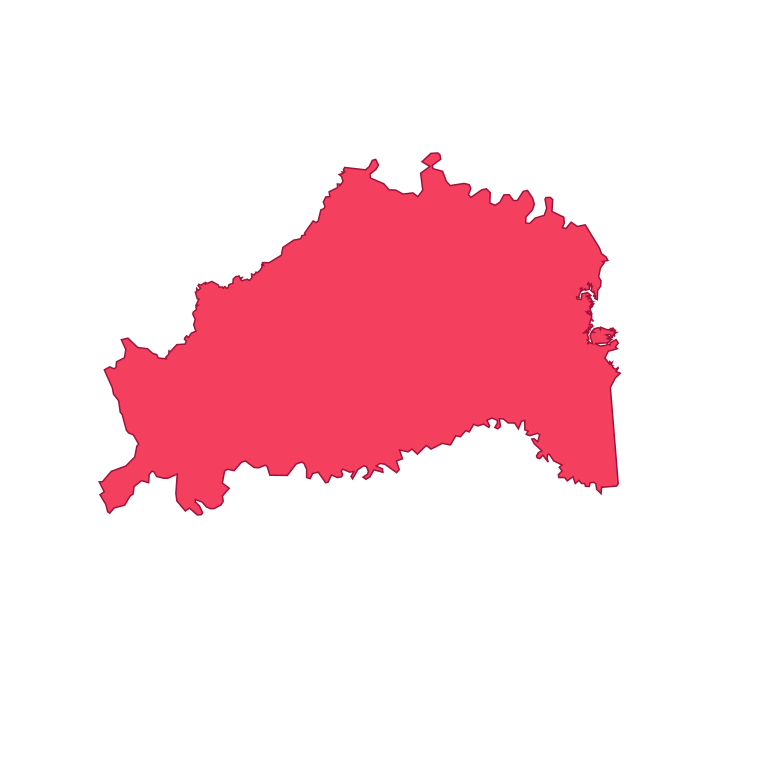 Puerto Parra, Santander, Colombia, rotated 118°
{"feature_id": "7082276B16167878822858", "entity_name": "Puerto Parra", "entity_type": "district", "adm_level": 2, "iso_a3": "COL", "parent_name": "Colombia", "parent_adm1": "Santander", "projection": "mercator", "projection_center": [-73.991, 6.701], "detail": "fine", "context": "isolated", "style": "filled", "palette": "rose", "viewbox_px": 768, "rotation_deg": 118, "n_neighbors": 0, "source": "geoboundaries", "source_scale": "gbopen_adm2", "svg_char_len": 6159}
<svg xmlns="http://www.w3.org/2000/svg" viewBox="0 0 768 768"><g transform="rotate(118 384 384)"><path d="M169.8,244.3L167.6,247.5L166.8,253.2L163.0,257.3L149.0,281.1L154.1,287.2L153.3,294.8L161.3,296.3L162.1,299.9L157.3,300.4L152.3,303.5L152.8,316.7L142.0,321.6L141.2,324.9L143.4,328.6L145.3,328.6L152.4,322.9L159.9,321.7L166.6,328.5L173.7,330.6L175.3,334.4L170.0,337.1L160.5,334.7L154.6,335.7L150.2,340.0L145.7,348.2L148.6,351.5L159.1,352.4L160.5,354.1L161.1,356.0L158.1,362.3L160.7,366.9L169.0,367.0L173.9,369.7L174.6,375.5L165.2,380.0L163.6,385.3L166.7,388.9L178.4,394.8L177.3,398.2L170.4,399.2L168.0,402.4L169.3,407.4L177.7,418.7L175.9,424.0L168.7,432.1L170.9,441.8L168.2,444.0L158.9,439.4L155.3,442.3L154.8,445.1L158.4,450.9L169.9,454.8L170.4,445.6L180.7,450.6L194.6,440.8L202.7,442.1L201.7,448.2L207.4,456.4L207.3,464.9L210.2,470.5L207.3,478.2L208.5,492.6L205.4,494.9L198.0,491.8L193.2,491.7L189.6,496.8L192.0,499.3L199.0,499.1L203.6,500.9L211.3,520.4L214.0,520.4L215.1,518.1L216.5,520.6L217.2,518.9L220.1,522.0L220.7,518.8L224.5,515.3L229.5,516.0L228.4,517.0L229.3,519.1L232.4,517.2L240.0,522.7L244.1,519.8L246.1,523.2L252.0,523.0L254.8,519.5L257.2,519.3L259.9,521.5L271.1,518.6L273.3,519.7L273.3,523.1L288.1,525.0L289.2,523.6L291.6,526.2L294.9,525.7L299.4,531.3L310.9,537.4L318.5,535.1L330.9,542.4L333.8,548.2L335.7,546.1L335.9,548.1L338.2,546.5L341.6,546.8L345.4,548.2L345.3,549.5L348.5,549.7L349.1,552.6L352.2,550.5L355.9,551.5L355.6,553.8L359.6,558.0L359.0,559.7L356.7,559.3L358.1,560.9L356.7,562.7L358.9,565.3L362.2,566.4L366.2,564.6L368.9,567.5L372.3,566.9L373.5,568.1L372.6,570.1L374.9,570.9L374.1,572.0L375.9,575.0L374.4,576.8L374.2,584.1L378.2,587.3L378.2,589.4L379.6,588.8L379.5,590.3L382.6,591.9L382.9,594.3L384.5,594.3L385.6,591.0L388.5,591.8L387.7,594.1L390.2,592.7L391.5,593.7L396.4,588.9L395.9,587.4L402.7,587.0L401.8,585.2L404.4,586.3L406.2,584.6L410.3,586.2L412.3,585.4L415.5,581.0L421.0,579.9L425.7,574.9L429.5,578.0L434.6,578.5L434.1,580.9L436.6,581.5L438.2,581.2L438.8,578.7L442.1,578.3L446.5,585.4L455.9,587.9L455.7,589.4L458.7,588.0L462.8,589.2L463.9,588.0L467.0,595.5L464.7,598.5L465.6,602.6L463.9,609.4L467.4,618.6L463.7,631.6L468.2,636.7L474.7,628.2L482.7,625.5L490.0,630.6L495.4,628.4L497.3,629.4L497.6,634.2L502.8,637.6L514.8,622.2L520.0,618.0L523.3,610.5L532.8,603.6L533.9,600.8L545.7,589.8L547.1,586.6L546.6,581.4L552.4,572.2L554.7,573.1L565.5,569.8L577.5,573.4L589.2,583.8L602.4,586.7L604.1,589.5L610.5,580.4L615.1,582.8L620.9,573.1L626.5,568.0L626.8,565.5L620.1,564.1L612.8,556.1L602.3,555.6L598.9,553.9L591.9,556.5L583.1,552.7L581.7,545.4L574.1,548.9L570.0,548.0L569.6,545.7L572.4,541.3L570.7,534.5L568.8,530.7L560.6,524.3L578.5,516.3L584.5,512.0L589.4,499.8L584.9,497.5L587.3,487.3L585.0,483.9L582.8,483.7L578.3,489.8L576.7,495.4L574.6,496.3L573.6,489.3L575.9,483.2L575.6,478.7L573.8,475.5L567.3,471.2L563.0,470.9L558.7,474.1L548.7,471.7L547.4,480.2L535.7,483.9L532.7,482.1L530.9,475.6L520.2,473.2L517.0,470.3L518.7,459.6L516.9,455.4L511.5,450.8L511.6,448.6L518.1,441.9L510.1,426.4L496.1,424.1L491.6,420.2L491.6,417.4L495.8,412.1L502.9,408.5L502.2,404.7L496.4,405.0L492.8,400.7L498.6,389.1L496.9,387.3L489.0,387.6L488.5,381.2L485.7,377.8L483.2,378.0L481.2,380.8L478.5,380.5L478.0,373.0L475.5,369.6L481.1,369.7L482.5,367.2L471.8,366.9L465.8,363.6L465.1,360.7L468.3,356.9L471.2,356.1L476.1,358.8L476.6,355.2L472.6,352.8L464.5,352.7L462.5,343.5L459.6,345.5L460.1,352.4L456.0,350.2L454.4,345.4L456.4,331.3L452.4,330.3L446.1,336.9L441.3,332.5L435.0,339.4L432.6,330.9L428.3,328.7L430.3,321.5L418.4,317.8L419.4,311.9L409.0,304.6L406.6,296.7L396.0,296.3L394.7,291.8L386.8,289.9L386.3,286.2L377.5,285.9L376.9,281.3L372.6,277.3L373.1,271.0L371.3,271.1L367.7,276.1L363.3,272.7L362.9,267.0L365.3,265.5L370.3,265.8L370.2,262.6L366.9,261.2L360.5,265.9L358.8,262.0L360.1,256.1L357.1,250.2L360.5,244.3L352.3,245.1L350.1,242.6L358.4,238.1L358.0,234.6L361.7,234.8L361.2,231.0L355.6,225.5L355.5,222.8L362.8,221.2L361.9,225.7L363.2,227.7L366.2,223.3L368.9,213.2L372.0,215.4L376.0,215.6L377.3,213.9L376.7,211.4L372.3,210.3L375.9,202.3L372.5,205.4L369.3,206.3L368.4,205.1L372.2,198.0L371.9,188.7L375.2,190.2L377.2,186.0L382.3,187.5L384.5,185.7L381.8,180.5L383.5,176.7L377.2,173.6L382.1,168.4L377.6,166.7L379.1,162.9L377.7,160.0L379.8,158.1L378.0,154.6L374.4,155.7L372.3,152.4L372.7,150.0L377.1,146.9L378.9,140.8L373.1,143.4L364.9,130.7L362.1,130.4L280.8,182.5L270.1,182.6L263.6,180.4L264.0,185.0L260.2,184.6L259.6,185.1L262.3,186.3L261.9,190.1L260.4,190.4L260.3,193.3L259.1,192.5L257.7,192.7L260.0,193.8L258.4,194.6L258.2,195.2L260.3,194.8L257.3,201.2L249.7,201.3L243.3,194.5L242.6,197.1L237.9,196.3L235.9,199.9L241.4,203.7L243.3,202.7L243.8,205.7L245.1,205.5L249.0,210.9L249.3,216.8L242.8,206.1L237.6,203.8L239.5,209.0L236.3,205.2L236.5,211.0L234.1,208.0L235.5,204.0L234.0,205.5L234.3,204.5L232.6,204.7L233.7,202.5L231.8,204.1L229.2,202.8L230.2,204.9L228.1,204.9L231.1,209.4L228.8,207.8L228.3,209.1L227.5,207.1L227.1,208.1L231.2,211.7L232.2,219.3L234.5,218.4L233.3,220.7L236.5,224.3L239.6,225.0L239.8,222.8L240.9,225.2L244.7,224.7L250.5,218.8L250.9,222.1L253.4,223.2L250.1,223.1L249.7,225.3L248.1,224.1L245.0,227.5L242.3,227.4L245.0,231.6L241.5,230.3L242.8,230.0L241.2,228.1L238.3,229.8L239.1,227.6L236.3,228.9L236.8,227.3L234.8,226.7L233.8,228.5L235.0,230.6L229.7,231.8L230.4,228.4L229.0,231.3L225.3,233.2L227.0,234.6L224.8,234.0L226.3,237.1L225.3,239.2L224.6,237.1L223.7,237.8L223.7,234.4L220.8,237.6L217.2,236.1L219.7,238.9L216.9,237.8L216.3,239.5L216.2,236.6L214.6,236.4L214.5,240.4L213.1,238.3L213.2,240.8L212.9,239.4L211.4,241.5L212.8,243.5L209.8,242.7L211.0,243.7L211.9,247.2L208.7,243.1L207.7,247.3L211.5,251.5L216.8,249.6L218.4,253.2L216.5,254.9L216.2,251.6L215.7,253.0L208.6,254.1L208.2,254.9L206.9,256.1L207.9,254.2L206.7,254.1L208.7,253.0L205.7,251.2L206.8,250.4L204.0,247.2L200.8,248.7L200.5,251.1L198.6,251.2L199.8,248.3L198.6,247.9L200.9,246.9L200.0,245.9L204.4,245.2L205.0,242.2L203.8,242.2L205.4,240.3L208.0,240.3L208.3,238.9L206.4,238.7L209.5,238.0L209.4,235.3L201.0,239.3L195.9,238.7L191.0,240.8L188.7,244.7L180.0,247.4L173.6,246.5L173.2,248.4L169.8,244.3Z" fill="#f43f5e" stroke="#9f1239" stroke-width="1.5"/></g></svg>